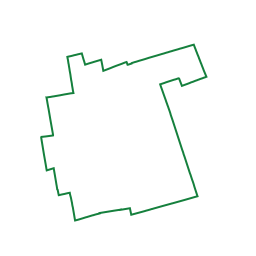 the district of Dragalina, Calarasi, Romania, rotated 342°
{"feature_id": "2599482B45268650673873", "entity_name": "Dragalina", "entity_type": "district", "adm_level": 2, "iso_a3": "ROU", "parent_name": "Romania", "parent_adm1": "Calarasi", "projection": "mercator", "projection_center": [27.403, 44.443], "detail": "fine", "context": "isolated", "style": "outline", "palette": "green", "viewbox_px": 256, "rotation_deg": 342, "n_neighbors": 0, "source": "geoboundaries", "source_scale": "gbopen_adm2", "svg_char_len": 4305}
<svg xmlns="http://www.w3.org/2000/svg" viewBox="0 0 256 256"><g transform="rotate(342 128 128)"><path d="M173.0,214.4L173.0,212.7L173.0,210.3L173.0,208.6L173.0,206.4L173.0,206.1L173.0,204.3L173.1,201.9L173.1,201.6L173.1,201.2L173.1,200.2L173.1,199.3L173.0,196.9L173.0,196.0L173.0,195.1L173.0,193.6L173.0,193.0L173.0,191.5L172.9,190.4L172.9,189.9L172.9,188.2L172.9,186.6L172.9,184.4L172.9,182.4L172.9,181.6L172.9,180.1L172.9,177.8L172.9,176.7L172.9,175.6L172.9,174.6L172.9,173.1L172.8,170.2L172.9,168.1L172.8,165.6L172.8,162.0L172.8,160.2L172.8,159.4L172.8,158.6L172.8,158.3L172.8,154.0L172.8,153.2L172.8,152.7L172.8,152.3L172.8,151.6L172.8,147.5L172.8,145.9L172.8,143.0L172.8,139.4L172.8,134.7L172.7,128.7L172.8,127.0L172.8,125.2L172.7,121.4L172.7,120.0L172.6,118.7L172.6,117.2L172.5,115.1L172.5,114.1L172.5,113.1L172.4,109.9L172.3,106.2L172.2,102.0L172.1,99.0L172.1,96.4L172.8,96.4L174.0,96.4L175.0,96.4L176.4,96.4L178.2,96.3L179.5,96.3L180.5,96.3L181.4,96.3L182.2,96.3L183.3,96.3L184.3,96.3L185.3,96.3L186.8,96.3L187.9,96.4L189.0,96.4L189.7,96.4L190.3,96.3L191.0,96.4L191.3,96.4L191.5,96.4L191.6,96.5L191.8,96.7L191.8,96.8L191.9,97.0L192.0,99.1L192.3,104.6L192.5,104.6L194.4,104.5L198.0,104.4L200.1,104.3L201.3,104.2L201.8,104.1L202.4,104.1L203.0,104.1L203.5,104.1L204.4,104.1L205.4,104.0L206.9,103.9L208.3,103.9L209.6,103.8L210.6,103.8L211.4,103.7L212.3,103.7L213.0,103.7L213.6,103.7L214.3,103.7L215.3,103.6L216.4,103.6L217.2,103.6L218.0,103.5L218.4,103.5L218.4,103.4L218.3,102.2L217.9,97.3L217.8,95.7L217.8,95.1L217.7,93.4L217.6,92.2L217.5,89.5L217.4,89.1L217.4,88.3L217.3,87.3L217.3,86.6L217.3,86.3L217.3,85.8L217.2,85.5L217.2,85.4L217.2,84.9L217.2,84.4L217.1,84.0L217.1,83.7L217.1,82.4L217.0,81.4L217.0,80.8L216.9,80.3L216.9,80.0L216.8,78.8L216.8,77.9L216.6,75.4L216.6,74.0L216.5,73.1L216.4,70.9L216.3,69.1L216.2,69.1L214.7,69.0L211.4,68.9L206.5,68.8L203.4,68.7L202.2,68.6L201.7,68.6L200.1,68.6L194.9,68.4L194.7,68.4L193.3,68.4L191.5,68.3L189.5,68.3L189.1,68.3L187.9,68.2L186.5,68.2L185.2,68.2L183.1,68.1L178.6,68.0L169.5,67.7L168.3,67.7L166.3,67.7L165.2,67.7L161.9,67.6L159.2,67.5L158.0,67.5L156.4,67.5L154.7,67.4L153.8,67.4L152.5,67.4L151.6,67.4L151.4,67.5L151.3,67.8L147.5,67.8L147.3,67.8L147.1,67.7L147.1,66.6L147.1,65.7L147.0,64.8L144.9,64.8L142.2,65.0L139.6,65.1L136.2,65.2L132.5,65.4L130.2,65.6L126.5,65.8L122.2,66.0L123.1,59.1L123.6,54.8L119.9,54.7L116.1,54.6L114.9,54.6L111.0,54.5L109.5,54.5L108.3,54.5L107.4,54.5L106.8,54.5L106.9,50.9L106.9,49.0L107.1,42.8L106.0,42.7L102.6,42.4L102.0,42.4L99.8,42.2L98.9,42.1L98.0,42.1L96.6,42.0L95.3,41.9L93.8,41.7L92.3,41.6L92.1,42.9L92.0,44.0L91.9,44.9L91.7,46.0L91.5,47.2L91.3,48.4L91.3,49.0L91.2,49.5L91.1,50.1L91.0,50.6L90.8,52.0L90.6,53.4L90.5,54.0L90.4,54.6L90.2,55.8L90.1,56.6L90.0,57.4L89.7,59.5L89.5,60.6L89.3,61.7L89.0,63.5L88.8,64.7L88.7,65.3L88.7,65.7L88.6,66.4L88.5,67.1L88.3,68.5L88.0,69.9L87.8,71.3L87.6,72.8L87.2,75.3L86.9,77.9L84.0,77.3L81.8,77.0L79.7,76.7L77.7,76.4L75.2,76.1L74.8,76.0L74.3,76.0L74.2,76.0L68.8,75.2L67.3,75.0L65.6,74.7L63.9,74.5L63.4,74.4L62.9,74.3L61.2,74.0L60.1,73.9L59.9,73.8L59.8,74.7L59.7,75.4L59.6,76.0L59.5,76.9L59.1,79.5L58.6,83.2L58.3,85.6L56.7,96.4L54.6,111.4L54.4,111.9L53.7,111.8L48.7,110.9L46.6,110.5L42.9,109.7L42.5,110.2L42.4,110.8L41.4,117.3L39.9,127.1L38.5,137.0L37.8,141.6L37.6,143.2L44.9,143.3L43.8,150.8L42.7,158.2L42.6,158.8L42.5,159.4L42.3,161.0L42.1,162.2L41.9,163.5L41.7,164.4L41.7,164.5L41.8,164.6L42.0,164.9L42.0,165.0L42.0,165.3L41.9,166.0L41.8,166.9L41.6,168.4L41.4,170.5L42.0,170.6L42.6,170.6L43.7,170.7L44.8,170.8L46.5,171.0L47.3,171.1L48.9,171.2L51.0,171.4L52.6,171.6L52.4,172.9L52.3,174.0L52.2,176.2L52.1,177.3L51.9,178.9L51.7,180.7L51.6,181.9L51.3,183.5L51.1,185.0L51.0,186.5L50.7,188.5L50.6,189.2L49.9,194.0L49.4,197.3L49.1,199.6L52.4,199.8L57.3,199.9L57.6,199.9L59.8,199.9L60.2,199.9L61.4,200.0L61.9,200.0L62.3,200.0L67.5,200.1L67.9,200.2L69.8,200.2L71.6,200.3L72.1,200.3L72.4,200.4L74.7,200.5L74.8,200.5L74.8,200.1L89.1,202.3L95.2,203.3L95.6,203.3L95.5,203.5L98.8,204.0L105.0,204.9L104.3,211.5L112.2,211.9L118.4,212.2L119.2,212.2L119.3,212.2L119.7,212.2L121.3,212.3L123.9,212.4L125.0,212.4L125.5,212.4L126.2,212.5L127.2,212.5L137.2,212.9L145.7,213.3L146.4,213.3L147.0,213.4L147.6,213.4L159.4,213.9L171.0,214.3L173.0,214.4Z" fill="none" stroke="#15803d" stroke-width="2"/></g></svg>